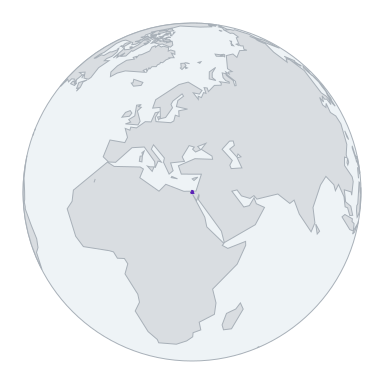 globe centered on Al Isma`iliyah
{"feature_id": "EGY-1531", "entity_name": "Al Isma`iliyah", "entity_type": "Governorate", "adm_level": 1, "iso_a3": "EGY", "parent_name": "Egypt", "parent_adm1": "", "projection": "orthographic", "projection_center": [32.173, 30.661], "detail": "fine", "context": "on_globe", "style": "filled", "palette": "violet", "viewbox_px": 384, "rotation_deg": 0, "n_neighbors": 0, "source": "natural_earth", "source_scale": "10m", "svg_char_len": 10388}
<svg xmlns="http://www.w3.org/2000/svg" viewBox="0 0 384 384"><circle cx="192" cy="192" r="169" fill="#eef3f6" stroke="#a8b0b8"/><path d="M175.5,23.9L191.0,23.1L197.4,23.1L197.8,23.1L196.0,23.2L201.4,23.3L209.4,23.9L213.5,24.4L213.4,24.5L217.0,25.0L216.3,25.2L208.7,24.5L208.1,24.7L213.5,25.4L216.1,26.3L208.4,25.2L212.2,26.8L200.2,27.1L180.1,26.0L173.0,27.9L151.2,32.1L152.7,32.5L145.5,35.0L144.6,36.5L140.8,37.3L143.4,38.0L147.1,37.0L149.4,37.1L149.3,38.1L144.4,39.1L143.7,38.7L142.2,39.6L139.8,39.7L140.9,40.2L135.0,41.6L140.5,41.8L135.6,44.2L131.8,44.7L132.6,42.6L125.9,40.1L122.3,40.8L116.3,43.5L104.1,52.4L99.9,54.3L93.9,58.4L96.0,58.0L101.4,54.8L103.8,55.5L110.1,51.9L112.0,51.9L118.4,49.4L116.9,52.2L112.0,56.3L106.6,58.6L104.3,60.7L109.0,60.7L98.6,67.7L91.0,77.4L88.4,79.2L84.0,78.1L85.1,72.1L79.5,72.5L82.5,74.8L75.9,80.1L74.6,82.3L74.6,83.8L76.9,82.9L74.5,85.5L70.6,83.7L72.7,81.3L73.9,81.7L74.4,79.1L71.7,78.8L68.5,81.9L67.8,79.3L65.5,81.7L64.1,82.8L67.8,79.0L61.2,85.9L60.0,86.5L68.0,77.2L76.7,68.5L85.9,60.5L95.7,53.1L106.1,46.5L116.8,40.7L128.0,35.6L139.5,31.4L151.3,28.0L163.3,25.5L175.5,23.9ZM27.0,155.6L26.4,159.0L26.1,160.1L24.0,177.9L24.6,191.1L24.7,199.4L24.3,202.1L25.2,206.4L25.3,209.0L31.4,225.7L36.7,238.8L38.0,247.6L36.5,252.4L42.0,269.5L41.5,268.7L36.1,257.0L31.5,244.9L28.0,232.5L25.3,219.8L23.7,207.0L23.1,194.1L23.4,181.2L24.7,168.3L27.0,155.6ZM217.7,25.1L218.8,25.3L220.2,25.5L217.7,25.1ZM118.8,48.2L118.6,48.8L117.5,48.9L118.8,48.2ZM121.7,46.6L120.6,46.3L121.9,45.6L122.5,45.8L121.7,46.6ZM220.4,26.2L222.2,26.8L219.0,26.0L220.4,26.2ZM122.8,47.2L124.2,44.3L126.4,43.0L130.7,42.8L122.8,47.2ZM222.5,27.1L227.1,29.2L230.1,29.5L224.3,30.2L222.3,27.9L217.8,26.7L221.4,27.3L222.5,27.1ZM148.3,36.3L144.4,37.4L147.8,35.7L148.3,36.3ZM149.9,35.3L157.0,30.8L162.6,30.0L159.1,31.5L166.6,30.2L165.8,31.9L161.6,33.1L158.1,33.2L160.5,33.9L149.9,35.3ZM220.4,30.5L220.4,31.0L218.9,30.3L220.4,30.5ZM150.6,37.0L151.5,36.0L156.5,35.3L155.6,37.1L154.3,36.7L150.6,37.0ZM168.9,29.1L172.4,29.0L172.8,30.4L174.2,30.6L166.3,32.0L168.9,29.1ZM153.1,37.4L155.0,38.1L152.5,39.5L150.1,38.0L153.1,37.4ZM158.2,34.3L160.5,34.1L158.9,34.8L158.2,34.3ZM144.7,45.1L145.7,43.6L148.3,43.1L144.7,45.1ZM155.8,38.3L156.7,37.9L157.9,37.6L158.6,38.3L155.8,38.3ZM167.1,33.0L166.5,33.7L170.4,32.5L170.8,33.7L165.5,34.5L168.0,34.6L168.1,35.0L163.6,35.3L167.1,33.0ZM162.8,38.3L156.1,40.1L153.7,42.7L151.3,43.3L155.6,38.9L162.8,38.3ZM163.7,36.4L162.6,37.6L160.1,37.5L159.3,36.7L163.7,36.4ZM173.0,34.3L173.7,32.2L174.9,32.2L173.0,34.3ZM162.6,39.0L164.2,38.6L162.7,39.2L162.6,39.0ZM170.4,35.7L170.5,34.9L171.8,34.9L170.4,35.7ZM167.3,38.5L165.2,39.0L164.6,38.4L167.3,38.5ZM169.1,37.2L170.9,37.4L165.6,37.8L168.9,36.9L169.1,37.2ZM171.6,35.8L172.4,35.5L171.4,36.1L171.6,35.8ZM170.9,40.9L164.4,41.7L163.1,40.1L169.5,39.6L170.9,40.9ZM75.7,236.3L67.2,208.8L72.1,201.3L73.4,190.1L107.4,162.1L114.1,166.4L140.2,167.0L143.4,169.0L139.8,177.7L159.0,191.2L165.8,184.3L183.8,191.3L196.0,191.1L201.4,174.2L181.3,174.1L178.4,165.8L194.9,158.7L212.6,159.3L212.0,156.1L201.3,149.3L205.9,143.3L197.7,146.5L200.7,149.7L195.6,152.0L192.6,149.2L194.3,147.1L189.1,145.6L182.2,156.9L184.5,161.4L170.6,162.9L173.1,170.7L169.1,174.1L163.5,162.2L164.4,158.0L153.5,144.8L151.3,149.2L161.4,162.2L158.1,161.0L155.1,167.8L154.7,161.6L144.3,147.0L132.0,147.7L115.6,162.3L108.6,162.0L103.2,156.8L110.0,140.0L124.8,142.6L127.5,137.4L125.2,128.4L129.9,130.2L130.8,127.1L136.5,127.9L145.2,121.7L151.1,121.9L155.2,112.8L158.8,111.9L155.3,117.4L156.0,121.6L170.7,122.7L173.8,121.0L175.3,115.2L179.1,116.5L178.7,110.8L187.5,109.1L176.4,106.6L177.9,100.5L183.6,96.2L182.1,93.9L172.9,101.0L171.0,104.4L172.5,107.8L165.6,117.5L160.4,118.7L160.1,107.4L152.7,108.1L155.7,99.7L178.9,84.6L188.2,82.1L202.0,90.4L199.4,94.1L193.2,92.8L198.3,99.4L198.2,96.2L201.4,97.6L203.6,92.6L206.0,93.4L204.1,87.6L207.2,88.0L208.4,91.6L214.4,85.4L221.1,85.2L221.3,83.5L219.7,81.7L229.4,83.1L229.1,81.8L225.8,80.7L223.1,77.6L222.2,72.9L225.6,73.6L226.4,75.4L233.2,80.6L234.8,85.8L236.1,85.6L235.5,81.4L227.2,74.9L225.7,71.9L230.0,74.4L228.3,73.2L228.6,72.0L232.1,71.6L227.5,68.7L226.3,55.6L232.9,54.0L236.9,57.4L239.6,50.6L246.9,50.3L243.9,49.2L243.1,45.9L240.8,45.9L239.3,45.1L236.3,37.8L238.3,37.0L233.6,33.5L232.0,33.1L230.3,33.4L224.3,30.2L230.1,29.5L233.3,30.3L234.7,29.7L241.9,32.1L248.6,34.1L255.7,37.7L260.3,39.4L260.3,39.0L266.6,41.3L279.5,48.2L269.0,44.2L249.6,36.3L257.5,39.4L255.7,39.3L258.5,41.0L264.1,43.4L264.8,43.2L273.7,52.2L287.1,62.2L286.2,58.8L289.7,59.7L304.2,70.5L321.3,92.9L326.2,96.2L329.3,100.0L331.0,104.6L326.7,99.1L324.8,99.3L322.1,95.8L323.5,102.0L319.6,97.4L322.6,104.9L325.9,107.5L326.1,103.4L330.4,112.5L335.8,116.0L340.9,123.9L346.8,144.4L346.2,154.8L347.1,157.9L344.5,157.1L344.6,165.6L352.2,176.9L353.2,181.6L351.7,195.2L351.1,191.9L344.3,189.8L345.6,201.8L350.8,206.2L352.7,215.3L349.8,215.5L347.6,207.8L345.1,206.8L344.0,196.7L338.5,184.5L335.4,190.7L333.9,184.8L325.9,176.4L320.5,185.0L313.0,207.5L314.9,222.9L311.1,231.8L299.3,214.1L294.1,200.1L289.8,203.4L277.8,194.0L256.9,199.1L253.9,195.6L250.0,198.4L241.5,195.9L237.0,189.9L231.9,191.2L243.8,207.0L249.4,205.6L254.0,197.8L256.3,203.7L264.5,207.4L255.3,224.7L224.3,242.6L221.4,231.2L198.4,199.6L199.1,195.8L199.1,195.3L198.8,194.6L196.6,200.8L192.6,194.4L204.8,217.2L206.8,226.9L223.9,243.4L222.3,245.4L227.8,248.4L245.6,241.4L245.7,245.3L237.2,264.1L212.6,289.1L216.0,302.9L214.4,314.3L199.2,322.2L200.8,329.9L193.1,332.7L192.7,336.8L186.7,340.9L176.4,344.2L158.7,342.8L157.3,339.5L148.1,331.6L135.2,311.0L139.5,302.2L137.8,294.2L125.0,273.9L127.8,263.8L124.4,258.5L117.4,258.2L113.5,251.9L109.3,250.7L83.4,246.6L75.7,236.3ZM95.2,179.0L94.1,182.2L94.1,182.3L95.2,179.0ZM231.2,168.6L241.9,167.9L237.2,157.8L241.0,156.8L238.0,154.0L236.9,157.1L229.7,149.1L234.4,145.4L233.2,141.0L229.5,141.1L222.1,149.3L232.3,160.5L229.8,165.2L231.2,168.6ZM26.4,159.2L25.9,161.9L26.1,160.4L26.4,159.2ZM33.9,132.7L33.0,135.5L33.4,133.9L33.9,132.7ZM35.6,128.2L34.6,130.7L34.8,130.2L35.6,128.2ZM76.2,80.2L76.4,80.5L75.9,82.3L75.0,82.2L76.2,80.2ZM80.4,87.1L76.4,91.2L78.6,88.0L76.6,88.4L78.8,82.6L87.2,79.9L83.0,82.0L80.4,87.1ZM84.0,74.6L81.7,78.2L83.9,74.4L84.0,74.6ZM130.2,110.6L131.9,113.1L129.3,116.3L121.9,117.2L125.5,112.4L130.2,110.6ZM134.8,115.9L136.6,105.2L141.3,104.6L138.4,106.6L141.3,107.3L137.4,110.9L140.1,121.3L138.0,124.9L125.4,123.9L130.7,122.1L128.7,119.6L134.8,115.9ZM133.0,82.8L133.8,79.3L142.9,82.4L141.1,85.4L133.5,86.2L131.3,83.1L133.0,82.8ZM130.2,47.9L129.9,47.1L131.2,46.7L132.6,47.1L130.2,47.9ZM144.9,44.5L132.7,51.3L131.8,50.6L125.8,56.0L121.0,56.4L125.1,52.8L116.9,57.5L118.6,54.4L113.3,57.9L122.9,49.8L124.2,47.6L124.6,49.8L128.9,49.4L131.2,48.6L138.5,44.7L143.4,40.3L148.5,39.5L150.8,40.2L150.4,41.1L147.2,41.2L149.0,42.5L144.1,43.4L144.9,44.5ZM174.9,54.4L171.4,53.1L174.1,57.7L169.2,57.8L169.8,58.3L166.1,59.8L162.6,62.7L160.4,62.4L160.0,63.7L157.5,64.8L156.2,66.6L151.9,66.7L149.9,68.9L149.0,67.8L146.8,71.7L146.5,68.9L143.2,70.4L145.2,72.3L125.3,70.9L117.1,73.1L110.4,76.7L110.9,72.0L117.4,65.9L126.6,60.3L134.4,59.1L133.2,57.4L136.6,56.4L136.1,58.2L138.9,55.0L141.5,54.7L149.7,51.0L152.0,47.1L155.1,45.8L155.5,47.2L158.3,45.1L161.2,47.0L163.5,46.2L168.6,47.6L168.2,51.1L170.7,50.0L174.8,51.2L174.9,54.4ZM172.2,41.4L172.8,45.0L170.4,47.1L162.4,44.0L160.0,44.4L154.8,42.9L158.4,40.1L159.5,40.7L161.5,40.7L159.6,41.6L162.5,40.9L164.2,41.9L167.0,41.7L166.4,42.9L172.2,41.4ZM147.4,166.1L149.9,166.8L154.0,166.9L152.2,171.4L147.4,166.1ZM140.1,156.2L142.4,155.9L141.9,161.9L139.3,161.3L140.1,156.2ZM144.2,151.0L142.6,155.5L141.9,152.7L144.2,151.0ZM157.5,117.0L160.1,116.6L160.2,117.9L158.6,119.9L157.5,117.0ZM182.0,69.5L180.3,68.0L181.2,67.4L180.8,63.4L184.4,63.2L186.0,65.6L182.0,69.5ZM197.8,177.2L194.0,180.5L192.2,178.9L193.9,178.1L197.8,177.2ZM171.8,176.4L177.5,178.8L171.2,177.6L171.8,176.4ZM185.8,68.6L185.2,66.9L187.4,67.9L185.8,68.6ZM187.0,62.9L189.6,63.7L184.7,62.7L187.0,62.9ZM258.8,346.7L259.4,346.7L257.0,347.7L258.8,346.7ZM243.2,309.1L231.5,328.8L223.5,329.8L222.1,324.9L226.5,313.4L235.8,309.0L240.4,302.9L243.2,309.1ZM358.1,222.8L358.5,220.9L358.1,222.8ZM358.1,222.8L354.5,232.1L352.6,234.1L353.5,230.7L356.6,225.3L358.1,222.8ZM353.3,231.0L349.8,229.6L342.0,216.9L344.9,214.5L352.4,218.8L352.0,221.5L354.1,223.6L353.3,231.0ZM360.1,204.2L359.6,211.2L358.0,215.9L357.1,217.3L356.5,210.7L356.8,205.6L357.8,203.7L359.1,182.0L360.0,182.8L360.1,191.1L360.7,194.5L360.1,204.2ZM315.7,224.0L319.6,231.2L317.2,234.0L315.7,224.0ZM357.9,169.0L358.5,178.3L357.5,167.3L357.9,169.0ZM356.3,159.7L357.1,162.6L356.2,160.9L356.3,159.7ZM348.7,162.2L347.8,165.0L347.0,162.8L347.6,158.1L348.7,162.2ZM344.7,130.8L347.7,137.1L348.6,139.6L346.8,136.8L344.7,130.8ZM215.6,67.4L212.2,73.0L212.2,77.5L215.9,80.5L209.2,78.9L209.3,71.9L215.6,67.4ZM224.6,56.8L221.3,54.6L223.7,54.3L224.7,54.8L224.6,56.8ZM222.0,56.4L216.3,56.2L215.1,54.1L219.8,54.7L222.0,56.4ZM201.0,61.7L199.8,63.3L198.1,62.4L201.0,61.7ZM360.1,208.8L360.5,204.2L360.8,195.1L360.9,190.6L360.9,187.3L360.9,189.2L360.9,194.4L360.9,197.4L360.9,196.3L360.1,208.8ZM359.5,169.8L359.9,173.0L359.3,170.1L359.6,174.2L358.2,162.6L359.1,167.2L359.5,169.8ZM358.2,163.4L358.5,167.2L357.6,160.9L358.2,163.4ZM358.2,165.9L357.3,162.5L357.5,161.4L358.2,165.9ZM358.1,162.5L356.7,156.0L357.5,158.8L358.1,162.5ZM355.1,155.0L356.8,157.7L356.0,159.4L352.2,147.9L352.2,145.8L355.1,155.0ZM331.6,99.8L329.5,97.3L328.5,95.0L330.3,97.4L331.6,99.8ZM323.3,86.5L327.6,93.6L330.6,100.0L331.4,100.2L335.2,106.2L332.1,103.1L327.4,95.0L325.7,91.2L322.1,86.7L318.8,82.0L314.3,77.6L311.7,74.7L315.3,77.7L323.3,86.5ZM312.4,75.9L303.3,67.8L303.0,66.1L304.9,67.5L309.2,71.8L309.1,72.4L312.4,75.9ZM301.1,65.5L300.9,66.1L287.2,58.3L284.2,56.3L294.5,60.7L294.8,61.7L298.3,64.1L301.1,65.5ZM222.2,31.2L220.5,31.0L221.5,30.8L222.2,31.2ZM238.1,45.2L236.2,44.2L237.4,43.8L238.1,45.2ZM231.6,41.3L231.5,42.6L230.2,41.0L231.6,41.3ZM231.6,45.5L230.8,42.9L233.6,45.8L231.6,45.5Z" fill="#d9dde1" stroke="#a8b0b8" stroke-width="1"/><path d="M191.9,190.8L191.9,190.7L192.1,190.7L192.3,190.7L193.1,191.1L193.2,192.1L193.2,192.4L193.2,192.5L193.5,192.8L193.6,193.2L193.1,193.2L192.9,193.2L192.8,193.3L192.7,193.3L192.4,193.3L192.2,193.2L191.3,193.3L191.2,192.9L191.1,192.6L191.0,192.4L191.3,192.3L191.5,192.3L191.6,192.2L191.8,192.0L191.9,191.8L191.9,191.6L191.9,191.4L192.0,191.2L192.0,190.9L191.9,190.8L191.9,190.8Z" fill="#8b5cf6" stroke="#5b21b6" stroke-width="1.5"/></svg>